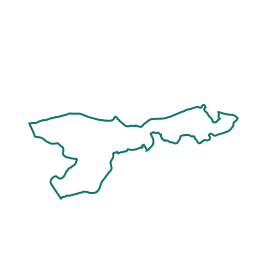 the district of Ovia North-East, Edo, Nigeria, rotated 235°
{"feature_id": "59680162B48615386953659", "entity_name": "Ovia North-East", "entity_type": "district", "adm_level": 2, "iso_a3": "NGA", "parent_name": "Nigeria", "parent_adm1": "Edo", "projection": "mercator", "projection_center": [5.497, 6.396], "detail": "fine", "context": "isolated", "style": "outline", "palette": "teal", "viewbox_px": 256, "rotation_deg": 235, "n_neighbors": 0, "source": "geoboundaries", "source_scale": "gbopen_adm2", "svg_char_len": 5430}
<svg xmlns="http://www.w3.org/2000/svg" viewBox="0 0 256 256"><g transform="rotate(235 128 128)"><path d="M105.4,197.2L105.6,196.7L105.9,196.0L106.2,195.2L106.4,194.4L106.8,193.2L107.6,190.6L108.0,189.5L108.5,188.8L108.8,187.2L109.5,186.0L109.5,184.1L109.9,182.7L110.4,181.1L110.8,179.4L111.1,177.8L112.0,174.0L112.3,172.4L112.7,170.2L113.7,167.0L114.2,165.6L114.7,164.1L115.6,162.3L116.3,160.9L117.2,159.6L117.9,158.5L119.5,156.0L120.3,154.9L121.7,152.5L122.1,151.8L122.1,151.2L122.1,150.4L122.3,149.1L122.2,147.5L122.1,146.8L122.1,145.7L122.1,144.4L121.9,142.4L121.5,141.2L121.3,140.3L121.5,139.2L121.9,138.7L123.0,137.8L123.1,137.7L124.1,136.8L125.2,135.9L125.8,135.1L125.5,134.9L126.2,134.0L126.8,133.3L127.7,132.4L128.0,132.1L128.5,130.9L128.9,129.8L129.7,128.5L131.0,127.2L132.0,126.9L133.2,126.7L134.5,126.3L135.9,125.9L137.3,125.6L138.3,125.2L139.6,125.2L140.6,125.0L141.5,124.6L142.2,124.8L143.0,124.9L143.9,124.5L144.4,124.2L144.6,123.7L144.3,122.6L143.8,121.7L143.4,121.2L143.4,120.6L143.4,119.7L143.8,118.5L144.1,117.7L144.5,116.8L145.2,116.1L145.7,115.4L146.4,114.5L146.9,113.9L147.8,112.8L149.0,111.6L151.1,109.2L152.2,108.2L152.7,107.8L157.7,103.6L158.8,102.7L159.8,101.8L161.8,100.7L163.5,99.4L164.9,98.5L165.2,98.3L166.3,97.6L167.9,96.0L168.8,94.9L170.0,92.9L171.6,90.7L173.0,89.1L173.8,87.5L174.0,85.8L175.1,83.1L175.8,80.9L176.1,80.0L177.2,77.1L178.4,75.2L178.8,73.4L179.2,72.5L179.4,71.9L180.2,70.4L180.7,68.4L181.1,66.9L181.6,65.3L182.3,63.9L183.2,63.0L183.7,60.8L184.2,59.5L184.9,55.2L186.1,53.7L186.9,52.7L188.2,49.8L185.9,49.3L183.8,48.9L182.0,48.6L180.6,48.4L177.6,47.7L175.0,47.0L174.1,47.0L173.2,47.6L172.9,48.1L172.2,49.0L171.3,49.9L170.2,51.0L169.4,51.6L168.0,52.1L166.4,52.9L165.2,52.9L163.6,53.6L160.4,55.3L159.8,55.8L158.9,56.7L158.0,57.6L157.5,58.7L155.7,61.8L149.7,63.2L149.5,63.3L148.9,63.4L148.4,63.2L147.5,62.7L146.4,62.0L146.1,61.7L145.5,61.1L143.7,59.7L143.0,59.7L141.5,59.9L139.7,60.6L138.3,61.9L137.4,62.7L136.9,63.1L135.1,64.8L133.9,66.0L133.1,66.9L132.4,68.0L131.3,68.0L130.8,67.5L130.3,66.4L129.0,64.8L128.7,63.7L128.4,63.0L128.6,60.8L128.4,58.7L128.8,56.6L128.5,55.7L128.4,54.7L128.0,53.6L127.3,51.8L126.4,50.4L126.2,49.9L125.7,48.8L125.4,48.5L125.1,47.3L124.9,46.8L124.9,46.1L124.9,44.5L125.5,43.6L126.0,42.8L126.9,42.3L128.0,42.1L128.9,41.9L129.4,41.6L130.3,40.5L130.5,38.7L130.1,35.8L129.6,35.1L129.2,34.5L128.5,33.8L127.2,33.1L125.7,33.0L123.7,32.8L108.7,32.6L109.1,34.6L108.5,35.9L108.0,36.7L107.7,38.3L107.7,39.0L106.3,41.0L105.6,42.6L104.9,44.6L104.2,46.3L104.0,47.2L103.5,48.1L103.0,49.9L102.6,51.3L102.1,52.2L101.6,53.5L101.6,54.6L100.2,56.6L99.5,57.3L98.3,58.4L97.0,59.1L96.2,60.2L95.6,60.9L94.6,62.4L93.7,64.7L93.5,65.6L94.1,68.2L94.2,68.5L94.6,69.6L95.5,70.8L96.5,72.3L97.6,73.5L98.1,74.4L99.0,75.7L99.5,77.5L99.9,78.9L100.6,81.1L101.1,82.3L101.7,83.8L101.7,84.1L102.0,85.2L102.6,87.0L103.1,89.5L103.6,90.4L104.5,91.5L105.4,92.0L106.3,92.4L106.6,92.5L107.1,92.7L108.7,93.4L109.4,93.8L110.1,94.1L111.0,95.7L111.2,96.4L112.1,98.4L112.8,99.3L113.8,100.2L115.3,100.9L115.6,101.6L115.8,102.0L115.4,102.5L114.6,105.4L113.9,105.2L113.3,105.4L112.8,105.4L112.6,106.3L112.5,107.1L112.3,108.1L111.8,109.0L111.2,110.1L110.9,111.2L110.7,112.1L110.0,112.8L110.0,113.6L110.0,114.3L110.6,115.5L110.0,116.3L109.5,116.8L108.8,117.4L108.1,118.4L107.2,119.5L106.7,120.3L106.5,121.3L106.1,122.1L105.8,122.6L105.3,124.6L105.2,125.4L105.0,126.6L104.5,127.4L104.0,127.5L103.9,128.3L104.1,129.0L105.0,129.3L105.4,129.5L105.3,130.9L105.2,131.3L103.7,131.2L103.2,131.2L102.4,131.2L99.7,130.8L99.2,130.7L98.9,130.3L98.6,131.5L98.5,131.9L99.0,133.1L98.9,133.9L99.2,135.2L99.5,136.8L99.7,137.6L99.9,138.4L100.4,139.2L100.8,139.7L101.7,140.5L102.5,141.1L102.9,141.4L103.5,141.9L103.8,142.0L104.5,142.1L105.7,142.4L106.6,142.7L107.2,142.7L107.5,142.8L108.7,143.0L110.4,143.4L110.3,143.9L110.2,144.3L110.1,145.0L110.1,145.7L110.1,146.3L109.5,146.8L108.5,147.3L107.7,148.3L106.8,150.1L105.7,150.4L105.3,150.5L104.2,150.7L103.8,151.2L103.2,151.0L103.0,150.6L102.6,150.3L101.9,150.3L101.3,150.0L100.2,149.7L99.7,150.1L99.2,149.7L98.3,150.2L97.8,150.3L97.4,150.2L97.0,150.4L96.7,151.3L96.3,151.3L95.9,151.5L95.8,152.2L95.2,153.0L94.3,153.3L93.7,153.9L92.8,154.1L92.2,154.4L91.5,155.1L90.7,156.1L88.9,157.3L88.0,158.2L87.8,158.7L87.5,159.6L87.9,160.5L88.3,161.6L88.8,162.5L89.0,163.7L89.7,164.8L90.1,165.2L90.7,165.7L91.0,166.2L91.1,166.7L91.0,167.3L90.8,168.0L90.7,168.4L90.5,168.7L90.3,169.2L90.0,169.4L89.6,170.7L88.7,171.9L87.7,173.4L86.3,174.5L85.4,174.7L84.0,176.1L83.7,177.0L83.1,177.4L82.2,177.2L81.8,177.0L80.5,176.8L79.1,177.1L76.8,177.1L75.2,177.0L74.3,178.1L74.2,179.4L74.2,180.7L74.2,181.4L74.5,181.9L74.5,183.0L74.0,184.1L73.4,184.7L72.2,186.0L71.8,188.3L72.7,189.5L74.2,190.0L75.8,190.1L76.1,191.1L75.9,192.5L75.1,193.2L73.4,193.7L72.4,194.3L72.0,194.6L71.6,195.0L71.2,197.1L70.6,199.2L70.0,200.8L69.2,203.1L68.6,205.7L67.8,208.3L68.1,211.5L68.9,214.1L69.4,215.4L70.8,216.8L71.8,217.5L72.1,221.5L72.5,222.2L73.1,223.4L76.2,222.8L78.8,221.3L80.9,218.4L82.8,216.6L84.5,215.1L85.8,213.8L87.5,212.8L89.1,211.1L86.5,210.0L85.5,208.6L84.8,208.3L83.0,208.6L82.8,207.2L83.0,206.3L82.2,204.2L83.1,201.6L84.4,201.1L85.6,201.3L86.4,201.8L89.1,201.6L90.9,201.2L93.3,201.2L95.3,201.5L96.0,201.2L97.5,200.7L99.7,201.0L100.6,203.0L100.5,203.4L102.6,203.8L103.6,203.3L103.7,202.4L103.6,201.5L102.8,200.4L102.9,199.0L104.0,198.2L104.7,197.7L105.4,197.2Z" fill="none" stroke="#0f766e" stroke-width="2"/></g></svg>